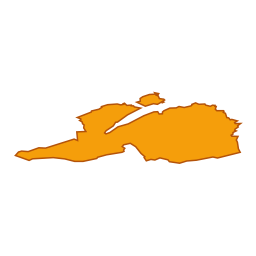 outline of Gjemnes nor, Møre og Romsdal, Norway
{"feature_id": "86288312B41504021313270", "entity_name": "Gjemnes nor", "entity_type": "district", "adm_level": 2, "iso_a3": "NOR", "parent_name": "Norway", "parent_adm1": "Møre og Romsdal", "projection": "natural_earth1", "projection_center": [7.837, 62.91], "detail": "medium", "context": "isolated", "style": "filled", "palette": "amber", "viewbox_px": 256, "rotation_deg": 0, "n_neighbors": 0, "source": "geoboundaries", "source_scale": "gbopen_adm2", "svg_char_len": 1891}
<svg xmlns="http://www.w3.org/2000/svg" viewBox="0 0 256 256"><path d="M21.6,151.1L18.5,152.0L15.4,155.5L29.1,160.4L32.6,158.8L53.2,157.6L64.8,158.9L74.7,161.4L83.0,161.4L96.7,158.5L97.8,157.2L106.6,154.8L122.0,152.3L124.0,151.4L123.6,149.9L124.8,148.3L122.2,146.6L123.6,144.8L130.3,143.3L135.7,146.7L141.0,153.4L144.8,156.7L144.1,157.5L146.3,160.8L150.9,159.4L154.9,160.0L159.9,157.9L167.9,159.8L169.4,161.7L179.6,163.2L186.7,161.0L196.4,160.2L212.9,157.0L217.5,158.0L240.2,152.3L238.4,148.8L237.4,142.2L236.3,140.0L238.0,136.4L231.7,136.2L231.1,135.2L232.9,134.2L233.0,132.5L236.2,130.9L234.7,130.3L235.1,129.1L238.2,127.0L237.6,125.8L240.6,123.5L235.2,123.6L234.6,122.5L237.3,120.9L231.8,119.4L230.2,119.8L228.7,117.9L226.8,117.6L225.4,113.3L223.3,112.4L224.0,111.2L223.5,110.7L216.8,110.7L215.3,109.2L216.2,106.5L214.9,106.4L215.1,105.4L212.5,105.2L210.3,106.3L205.6,105.1L204.9,104.0L198.9,104.3L195.6,102.9L191.3,104.6L192.2,104.7L191.0,105.9L184.2,107.5L179.0,106.5L176.2,107.9L169.8,108.1L164.0,110.7L162.5,112.0L162.4,113.8L159.1,114.0L157.7,111.7L153.9,111.9L143.9,115.7L128.2,123.9L118.0,126.8L109.9,132.5L106.0,133.9L104.6,132.9L106.1,130.7L113.3,125.9L115.6,122.3L117.5,122.1L127.6,114.8L140.6,108.1L134.3,106.9L133.6,105.9L131.2,105.8L131.3,105.1L126.8,105.4L124.5,103.2L123.2,103.7L123.6,104.3L120.8,104.9L117.3,104.0L107.6,104.7L101.5,106.6L101.9,107.3L99.0,109.2L91.5,111.0L91.2,112.1L77.3,117.5L80.8,118.9L80.8,120.0L79.7,120.5L82.2,122.0L82.5,123.7L84.1,125.0L83.7,127.9L85.9,131.5L76.8,131.9L77.6,140.5L74.1,139.1L45.6,148.1L38.8,147.8L28.2,151.6L21.6,151.1ZM154.8,92.8L155.8,94.1L149.4,94.5L142.8,96.7L140.1,98.5L140.3,101.2L136.8,102.2L145.3,106.2L153.4,103.7L157.5,104.3L162.4,101.5L162.4,102.7L163.8,102.1L162.5,101.3L164.6,100.0L163.8,99.2L159.4,98.6L158.2,95.9L155.4,94.8L158.0,94.7L158.7,93.6L154.8,92.8Z" fill="#f59e0b" stroke="#b45309" stroke-width="1.5"/></svg>